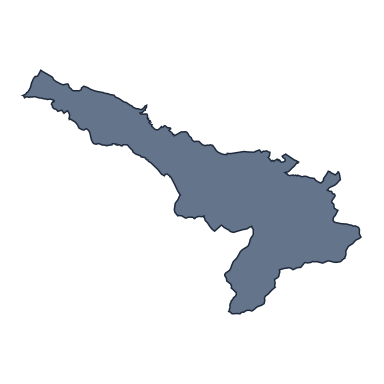 Agrij, Salaj, Romania (Equal Earth projection)
{"feature_id": "2599482B62013931354747", "entity_name": "Agrij", "entity_type": "district", "adm_level": 2, "iso_a3": "ROU", "parent_name": "Romania", "parent_adm1": "Salaj", "projection": "equal_earth", "projection_center": [23.096, 47.059], "detail": "fine", "context": "isolated", "style": "filled", "palette": "slate", "viewbox_px": 384, "rotation_deg": 0, "n_neighbors": 0, "source": "geoboundaries", "source_scale": "gbopen_adm2", "svg_char_len": 5978}
<svg xmlns="http://www.w3.org/2000/svg" viewBox="0 0 384 384"><path d="M257.2,306.8L261.7,305.2L264.1,303.6L264.8,300.6L264.5,297.9L265.2,296.3L268.3,293.9L271.8,290.1L275.2,287.2L274.7,286.8L274.8,284.4L275.2,283.4L274.7,281.2L274.6,279.4L277.7,277.6L278.6,276.5L279.0,275.7L279.0,274.5L279.8,272.2L279.5,269.8L284.4,268.4L289.7,267.7L291.8,268.8L292.7,269.6L293.2,269.6L297.1,267.7L300.8,267.4L304.4,262.9L304.9,262.6L307.8,262.9L310.7,262.5L312.7,261.5L314.2,261.8L316.7,261.6L322.7,263.1L327.9,260.9L329.0,260.9L334.5,262.3L336.9,262.3L340.3,261.7L341.5,260.9L342.3,259.8L345.0,258.0L344.9,257.1L345.6,255.9L345.9,254.4L345.9,250.8L348.4,246.3L352.7,243.6L355.8,240.1L359.3,238.5L361.0,237.1L359.5,234.3L359.3,232.5L359.5,229.8L358.9,228.1L358.3,227.3L355.3,225.9L353.2,226.1L351.7,225.2L349.4,224.9L347.1,224.1L341.4,223.7L335.0,222.4L333.5,221.3L333.0,220.1L333.5,217.5L335.3,215.4L337.9,210.3L336.6,209.8L334.1,208.0L333.8,204.3L331.7,202.2L331.8,200.9L334.8,196.5L335.1,195.6L334.5,194.1L332.5,193.7L331.8,191.8L331.1,191.2L330.0,191.4L327.3,190.1L328.0,189.5L328.5,188.6L329.4,187.6L334.7,185.2L336.8,183.5L339.0,180.9L340.4,179.7L339.4,174.0L339.0,173.4L338.8,172.3L338.5,172.0L338.1,171.8L337.0,173.4L335.3,174.9L330.3,172.4L330.1,171.8L328.2,171.2L327.8,172.2L325.9,175.3L323.7,178.3L323.4,179.5L323.6,180.4L320.9,183.1L317.7,181.7L315.6,180.3L314.3,178.4L309.9,177.8L306.0,176.3L303.7,176.3L302.6,176.8L301.9,176.7L297.6,175.2L297.1,175.9L295.7,175.1L294.4,175.6L293.0,175.0L290.6,175.5L289.2,175.5L288.1,175.2L287.3,174.0L285.0,172.6L288.1,171.8L289.7,170.6L291.5,168.6L294.2,166.2L296.9,162.8L297.4,163.2L297.8,163.1L298.6,162.1L295.7,160.4L294.7,160.2L285.6,154.1L282.2,156.2L283.1,157.7L284.9,158.8L285.1,159.3L285.2,160.8L283.9,161.7L281.6,162.3L281.1,162.2L279.7,160.2L278.8,159.8L278.7,160.6L278.1,160.3L277.1,159.1L273.7,161.3L272.8,160.4L271.5,161.2L268.2,157.3L269.5,155.9L270.0,152.3L268.9,152.2L266.8,150.9L264.6,151.3L263.1,151.2L261.5,152.5L261.0,152.1L259.5,150.0L259.2,150.0L255.4,151.4L254.5,152.1L253.0,152.2L247.1,151.9L244.1,151.5L230.7,153.6L227.2,153.4L226.8,154.6L224.1,154.5L221.8,154.0L217.8,152.0L216.1,150.5L215.7,149.6L212.6,145.3L212.2,145.5L210.5,144.8L208.3,145.3L207.1,145.1L206.2,145.5L204.1,145.4L202.3,144.7L198.9,141.4L195.7,141.3L194.8,141.7L193.1,140.9L192.1,139.9L191.3,137.8L189.0,135.8L188.0,133.6L186.6,132.0L185.1,131.7L182.5,132.0L181.4,131.8L174.3,135.8L173.8,134.4L172.6,134.5L172.4,133.5L171.7,132.6L169.0,130.5L169.7,129.5L170.7,128.8L170.3,128.0L167.5,127.7L165.0,125.7L164.6,125.6L163.0,127.0L161.7,127.4L161.3,126.7L159.6,128.6L158.0,129.8L155.6,129.6L154.5,129.0L151.6,126.1L151.5,125.4L152.1,124.8L150.8,124.2L149.2,122.9L149.1,122.1L149.7,121.6L150.5,121.8L150.1,121.2L150.1,120.7L148.7,120.1L147.9,119.3L148.4,118.4L147.4,118.3L147.5,115.6L146.9,114.0L141.6,114.1L140.3,113.6L139.9,113.1L142.5,112.3L143.8,110.7L145.2,110.3L145.2,109.4L146.5,107.1L146.6,105.3L144.9,106.2L144.0,107.7L141.8,109.5L140.2,109.5L138.3,108.8L136.2,108.7L133.0,107.2L131.9,105.9L130.0,105.1L126.1,102.4L124.0,102.0L118.9,98.5L115.5,97.1L114.0,95.2L109.4,94.4L107.8,93.6L105.9,93.5L103.3,92.7L102.7,92.3L102.2,92.5L95.1,91.0L90.5,89.3L87.5,87.5L83.8,86.2L81.4,88.1L81.4,89.0L81.0,89.9L79.1,90.8L73.0,90.7L71.7,89.7L70.9,88.5L69.5,87.6L68.2,84.2L67.1,83.9L63.2,84.8L60.8,84.0L55.4,81.1L53.6,79.6L52.7,77.6L52.0,76.9L42.9,71.7L40.8,70.2L37.9,75.7L36.6,76.5L35.2,76.4L33.6,78.4L31.5,83.1L31.3,83.7L31.5,84.2L30.8,85.6L30.6,87.2L28.3,91.4L27.7,92.1L26.7,92.6L26.1,93.7L25.1,94.5L23.0,95.4L23.4,95.5L24.6,97.8L26.0,96.9L27.3,96.8L29.5,97.4L30.3,96.9L32.3,97.1L32.7,96.8L35.2,96.7L38.6,97.8L41.0,98.1L44.8,99.0L46.1,99.0L47.4,99.5L50.0,99.1L53.0,99.9L54.0,100.5L53.4,101.2L53.4,101.5L53.9,101.8L53.5,102.1L52.6,102.0L51.6,103.4L51.4,104.4L52.3,105.3L52.4,107.0L53.8,108.6L56.5,109.6L57.8,111.3L61.7,110.2L64.0,113.3L67.1,110.9L67.6,110.8L69.5,114.1L69.5,116.6L69.0,118.3L69.3,119.5L70.1,119.1L70.5,119.2L75.2,122.1L77.1,124.3L77.9,125.6L78.9,128.0L81.5,129.4L83.7,130.1L86.5,128.6L88.8,130.7L89.9,133.0L91.2,139.1L92.5,142.1L93.6,143.5L95.9,144.2L96.9,144.1L97.5,143.6L98.5,143.7L100.7,144.2L102.0,145.0L104.7,145.1L106.9,145.8L108.3,145.3L112.0,144.8L112.2,143.8L113.0,143.7L114.2,143.7L115.5,144.3L116.3,144.1L116.3,144.9L117.8,145.2L118.7,144.7L119.6,144.8L120.8,145.7L121.6,145.8L121.9,145.6L122.4,145.8L123.2,144.7L127.1,144.8L127.6,145.1L130.0,148.0L132.5,150.4L132.8,151.7L134.5,153.2L136.1,154.2L140.4,155.7L141.1,156.9L144.0,157.4L145.4,157.9L145.9,159.0L146.7,159.8L147.8,160.0L148.4,161.3L150.8,162.7L158.0,169.6L161.5,174.2L164.4,175.8L165.2,174.5L166.0,174.0L167.0,174.0L168.5,175.0L169.9,176.1L169.8,176.7L170.9,177.2L174.4,183.9L177.8,191.1L179.6,194.0L180.4,194.9L179.8,195.5L178.0,199.6L175.2,203.4L174.4,209.3L174.3,210.0L175.1,212.7L175.6,212.9L176.5,214.4L177.9,215.9L178.3,215.5L181.7,215.8L185.6,218.1L189.0,217.1L192.9,217.3L193.5,217.6L193.9,218.4L194.7,218.7L195.7,217.5L198.5,216.4L201.9,216.7L204.2,216.1L203.9,217.2L204.9,219.0L205.2,220.5L207.6,222.9L208.8,224.9L211.2,228.2L212.3,229.4L214.6,231.2L221.3,225.2L222.4,225.8L224.0,227.4L227.5,229.4L228.5,229.7L229.9,231.1L230.9,231.7L233.5,232.4L242.2,229.8L247.1,228.8L249.0,227.5L251.7,226.3L252.1,227.7L253.3,229.6L253.2,234.5L252.8,235.5L251.5,237.1L250.2,239.5L249.7,242.1L248.3,245.7L247.1,246.8L242.3,249.7L240.0,252.1L239.8,252.8L236.9,257.9L233.3,261.7L231.5,265.8L230.8,268.2L229.6,270.3L225.7,273.0L224.8,274.3L224.7,275.5L226.3,278.1L226.8,281.1L230.8,284.1L231.0,285.2L231.6,286.2L231.2,288.0L233.4,289.8L235.1,291.7L235.7,291.9L236.3,293.0L236.2,294.9L235.2,296.4L233.3,297.9L233.1,299.0L231.2,300.9L230.8,303.0L230.3,303.3L230.0,304.6L229.9,305.5L230.1,307.5L229.4,309.2L229.2,310.6L228.7,311.5L230.4,312.1L230.9,312.5L231.2,313.1L232.1,313.8L237.5,313.5L239.9,313.8L240.4,313.6L241.0,312.7L241.5,312.4L242.7,312.1L243.8,312.2L246.5,310.4L249.7,310.3L251.7,311.0L253.0,310.4L257.2,306.8Z" fill="#64748b" stroke="#1e293b" stroke-width="1.5"/></svg>